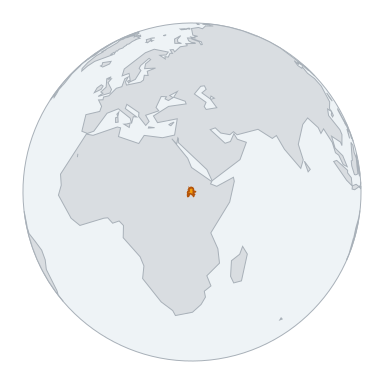 Benshangul-Gumaz highlighted on a globe, orthographic projection, rotated 348°
{"feature_id": "ETH-3132", "entity_name": "Benshangul-Gumaz", "entity_type": "Administrative State", "adm_level": 1, "iso_a3": "ETH", "parent_name": "Ethiopia", "parent_adm1": "", "projection": "orthographic", "projection_center": [35.827, 10.412], "detail": "fine", "context": "on_globe", "style": "filled", "palette": "amber", "viewbox_px": 384, "rotation_deg": 348, "n_neighbors": 0, "source": "natural_earth", "source_scale": "10m", "svg_char_len": 10246}
<svg xmlns="http://www.w3.org/2000/svg" viewBox="0 0 384 384"><g transform="rotate(348 192 192)"><circle cx="192" cy="192" r="169" fill="#eef3f6" stroke="#a8b0b8"/><path d="M139.7,31.3L137.3,32.2L135.8,32.7L139.7,31.3ZM118.8,39.7L118.4,39.9L113.2,42.6L107.9,45.5L105.4,47.0L109.8,44.9L99.2,51.4L91.0,58.3L88.4,60.3L84.5,62.3L86.4,60.1L85.9,60.5L96.3,52.7L107.3,45.8L118.8,39.7ZM83.2,62.8L83.7,62.4L77.0,68.2L75.5,69.7L75.3,70.0L77.5,68.1L75.0,70.5L72.4,72.7L74.8,70.3L75.0,70.1L83.2,62.8ZM23.8,175.9L23.7,181.3L23.6,189.2L23.4,193.2L23.8,195.6L23.9,198.6L28.4,207.8L32.9,217.7L34.3,227.8L33.4,237.5L39.4,260.6L39.7,265.1L43.3,272.2L37.8,261.0L33.1,249.5L29.3,237.6L26.4,225.5L24.4,213.2L23.3,200.8L23.1,188.3L23.8,175.9ZM156.8,26.8L154.2,27.3L153.5,27.5L156.8,26.8ZM145.8,29.8L147.0,29.4L149.6,28.7L145.8,29.8ZM157.6,26.6L158.5,26.4L159.7,26.2L160.2,26.1L157.6,26.6ZM164.4,25.4L157.6,26.7L154.8,27.5L152.4,28.1L157.3,26.7L164.4,25.4ZM164.7,25.3L165.5,25.1L164.2,25.4L161.8,25.8L161.5,25.8L164.7,25.3ZM164.0,25.5L165.6,25.2L164.1,25.5L164.0,25.5ZM173.3,24.1L172.2,24.2L172.3,24.2L173.3,24.1ZM168.7,24.8L166.5,25.2L166.1,25.2L168.7,24.8ZM170.7,24.5L172.4,24.3L167.2,24.9L170.6,24.4L170.7,24.5ZM173.4,24.1L174.2,24.0L173.1,24.1L173.4,24.1ZM171.8,24.9L165.4,25.7L164.3,25.6L170.7,24.7L171.8,24.9ZM274.5,44.6L275.4,45.1L288.3,53.5L287.9,52.9L288.9,53.6L299.0,61.2L308.4,69.6L321.8,85.0L327.0,90.9L330.0,95.1L331.4,97.8L327.1,91.8L324.9,89.9L322.3,86.4L323.0,89.6L319.3,84.8L321.7,90.2L325.2,93.9L325.9,92.4L329.6,99.8L335.4,106.5L340.5,115.4L345.4,132.5L343.9,138.8L344.7,141.8L341.9,139.0L341.5,145.6L349.6,161.8L350.6,167.0L348.3,177.8L347.6,174.0L340.1,166.4L341.1,178.8L347.0,187.8L349.1,199.5L345.6,196.6L343.2,186.5L340.5,183.4L339.5,172.7L333.8,157.6L330.3,161.5L328.8,155.2L320.5,143.6L314.4,148.9L305.9,167.4L307.5,183.7L303.3,191.5L291.3,169.4L286.3,154.3L281.7,156.3L269.6,144.4L248.0,145.4L245.1,141.6L241.0,143.8L232.4,140.3L228.1,134.1L222.8,134.8L234.5,151.2L240.1,150.6L245.1,143.7L247.3,149.8L255.5,154.7L245.7,170.3L214.0,185.2L211.2,173.1L188.9,140.8L189.8,137.1L189.7,136.7L189.4,136.0L187.0,141.9L183.3,135.7L194.8,158.1L196.6,167.9L213.5,185.9L211.8,187.9L217.4,191.6L235.6,186.2L235.6,190.3L226.8,209.6L201.9,235.9L205.5,252.9L204.1,267.3L189.1,277.0L191.0,287.8L183.4,291.6L183.3,297.6L177.5,303.9L167.5,309.7L150.1,309.4L148.5,304.0L139.0,293.1L125.7,266.4L129.6,254.3L127.8,244.6L115.2,222.4L118.0,210.5L114.7,205.2L107.9,206.0L104.2,199.7L100.2,199.3L75.4,201.4L68.3,192.6L60.7,167.3L65.5,158.2L67.1,147.2L100.7,113.4L107.0,116.0L132.5,112.9L135.5,114.4L131.6,122.5L150.0,133.5L157.0,126.7L174.5,132.8L186.8,132.7L192.8,117.3L172.7,117.0L170.1,109.6L186.9,103.4L204.6,104.6L204.2,101.8L193.8,95.5L198.6,90.6L190.2,93.0L193.1,95.8L187.9,97.6L185.0,95.3L186.8,93.5L181.7,92.2L174.4,101.8L176.4,105.7L162.6,107.3L164.7,114.1L160.6,117.3L155.5,107.0L156.6,103.3L146.5,92.7L144.1,96.5L153.5,107.1L150.2,106.2L147.1,112.4L146.9,107.0L137.3,95.3L125.3,97.3L108.6,112.1L101.9,113.0L96.9,109.7L104.3,94.3L118.5,94.0L121.4,89.4L119.7,82.5L124.1,83.3L125.2,80.7L130.7,80.6L139.6,74.8L145.3,74.4L149.9,67.2L153.5,66.2L149.8,70.6L150.2,73.8L164.6,73.9L167.8,72.4L169.6,67.9L173.3,68.9L173.3,64.6L182.1,63.2L171.3,61.5L173.2,57.0L179.1,53.9L177.8,52.3L168.1,57.6L166.0,60.1L167.3,62.5L159.9,70.1L154.7,71.3L155.1,62.9L147.8,63.9L151.3,57.6L175.3,46.1L184.7,44.5L197.9,50.2L195.1,52.6L188.9,51.6L193.5,56.3L193.7,54.0L196.8,55.1L199.4,51.7L201.7,52.4L200.2,48.4L203.3,48.8L204.2,51.3L210.7,47.5L217.5,47.9L217.9,46.8L216.3,45.5L226.0,47.4L225.9,46.6L222.6,45.6L220.2,43.4L219.6,40.4L223.0,41.2L223.7,42.4L230.1,46.4L231.4,49.8L232.7,49.9L232.4,47.1L224.6,42.2L223.3,40.2L227.5,42.2L225.8,41.3L226.3,40.7L229.9,40.9L225.4,38.7L225.5,32.0L232.5,32.4L236.2,34.5L239.8,32.4L247.3,34.1L244.3,33.0L244.0,32.1L241.7,31.5L240.2,30.9L238.5,29.6L250.9,33.6L262.9,38.6L274.5,44.6ZM88.3,130.9L87.1,134.1L88.3,130.9ZM223.0,114.2L233.8,114.7L229.5,105.3L233.4,104.9L230.5,102.1L229.2,104.7L222.3,97.1L227.2,94.5L226.2,90.7L222.5,90.4L214.7,96.6L224.4,107.2L221.7,111.0L223.0,114.2ZM77.2,68.0L77.4,67.9L76.7,68.7L75.9,69.3L77.2,68.0ZM80.1,67.6L76.1,71.6L78.4,69.0L76.5,70.2L79.2,66.8L87.2,61.1L83.1,64.1L80.1,67.6ZM84.9,61.4L82.4,63.7L84.9,61.4L84.9,61.4ZM125.6,68.3L127.1,69.9L124.4,72.7L117.1,74.5L120.9,70.4L125.6,68.3ZM129.8,71.6L132.2,63.5L136.9,62.5L133.9,64.3L136.7,64.5L132.6,67.6L134.6,75.0L132.3,78.1L120.1,79.0L125.4,76.8L123.6,75.2L129.8,71.6ZM130.4,49.2L131.5,46.9L140.0,47.4L138.0,49.6L130.6,51.2L128.7,49.7L130.4,49.2ZM131.5,34.3L131.4,34.3L132.7,33.8L133.9,33.4L131.5,34.3ZM125.9,36.5L126.0,36.5L130.1,35.0L132.4,34.1L140.0,31.3L143.4,30.2L150.8,28.2L152.4,27.8L151.9,27.9L148.8,28.7L150.3,28.4L145.5,29.7L146.1,29.7L133.5,34.3L132.7,34.4L126.2,37.6L121.6,39.2L126.0,36.9L117.6,40.9L119.7,39.6L114.2,42.4L124.4,37.2L125.3,36.8L125.9,36.5ZM174.1,29.3L170.8,28.9L173.0,30.8L168.1,31.2L168.7,31.4L164.8,32.4L161.1,34.1L159.0,34.1L158.5,34.8L155.9,35.7L154.4,36.7L150.2,37.3L148.1,38.7L147.3,38.2L144.8,40.6L144.8,39.1L141.4,40.4L143.2,41.2L124.0,44.0L116.0,47.1L109.3,50.8L110.2,48.4L117.0,43.7L126.5,38.9L134.1,36.5L133.1,36.1L136.5,35.0L135.9,35.8L138.8,34.0L141.4,33.4L149.9,30.5L152.6,28.9L155.7,28.0L156.0,28.4L158.9,27.4L161.5,27.5L163.8,27.0L168.7,27.0L167.8,28.3L170.5,27.7L174.3,27.9L174.1,29.3ZM173.1,24.9L173.1,25.8L170.5,26.7L163.1,26.5L160.7,26.9L155.8,27.4L159.8,26.3L160.8,26.2L162.7,25.9L160.7,26.4L163.7,25.8L165.2,25.8L167.9,25.4L167.2,25.8L173.1,24.9ZM139.5,111.5L142.0,111.9L145.9,111.7L144.0,115.8L139.5,111.5ZM132.7,103.5L135.1,103.1L134.3,108.3L131.7,108.1L132.7,103.5ZM137.0,98.6L135.2,102.6L134.7,100.3L137.0,98.6ZM152.0,70.2L154.5,69.7L154.5,70.7L152.8,72.3L152.0,70.2ZM179.6,36.8L178.1,36.0L179.0,35.7L179.0,33.5L182.6,33.3L184.0,34.6L179.6,36.8ZM189.0,119.9L185.1,122.8L183.4,121.4L185.1,120.6L189.0,119.9ZM163.2,119.3L168.8,121.3L162.6,120.4L163.2,119.3ZM183.5,36.3L183.1,35.3L185.2,35.8L183.5,36.3ZM185.2,33.1L187.7,33.5L183.0,33.1L185.2,33.1ZM253.0,333.6L253.8,335.0L251.3,335.4L253.0,333.6ZM233.2,264.2L221.9,289.2L213.9,289.6L212.2,282.5L216.3,267.4L225.7,262.8L230.2,255.7L233.2,264.2ZM357.4,223.2L357.8,223.4L357.6,224.2L357.4,223.2ZM357.2,221.0L357.9,220.7L356.8,222.9L357.2,221.0ZM358.1,220.6L358.8,218.5L359.1,216.9L358.8,218.6L358.1,220.6ZM356.6,221.5L351.6,223.6L349.2,222.4L350.2,219.3L354.1,218.6L356.6,221.5ZM349.9,219.3L345.7,212.7L336.9,191.6L340.1,191.2L348.7,203.1L348.2,205.7L350.8,211.2L349.9,219.3ZM358.7,201.2L358.1,208.7L355.8,209.3L354.5,208.7L353.7,199.7L354.2,194.7L355.4,194.4L357.8,176.5L359.1,179.9L358.8,187.1L359.7,193.0L358.7,201.2ZM308.3,185.2L312.4,194.4L309.8,196.4L308.3,185.2ZM357.1,164.8L357.3,172.4L356.6,162.5L357.1,164.8ZM355.8,155.8L356.6,159.2L355.6,156.1L355.8,155.8ZM346.2,146.5L345.1,147.8L344.3,145.4L345.3,142.4L346.2,146.5ZM344.3,123.1L347.3,129.9L348.1,132.3L346.1,128.4L344.3,123.1ZM213.5,36.7L209.6,39.6L209.2,42.3L212.6,44.5L206.1,43.0L206.7,38.8L213.5,36.7ZM223.7,32.3L220.6,31.0L223.0,31.1L224.0,31.5L223.7,32.3ZM221.1,31.8L215.3,31.1L214.3,30.1L219.0,30.8L221.1,31.8ZM199.4,32.8L198.0,33.5L196.3,33.0L199.4,32.8ZM329.3,290.5L329.0,290.9L329.3,290.1L332.8,285.1L340.1,271.1L340.4,271.1L344.7,261.4L350.5,250.5L352.4,245.0L347.9,257.0L342.6,268.6L336.4,279.8L329.3,290.5ZM358.3,221.8L358.1,222.8L358.4,221.4L358.3,221.8ZM360.1,194.3L360.3,198.7L360.8,195.1L360.4,199.8L360.2,207.0L359.9,210.0L360.2,202.2L359.4,210.9L359.1,211.0L359.5,203.9L360.0,194.7L360.3,190.8L360.9,188.2L360.1,194.3ZM360.2,176.1L359.3,170.5L359.2,173.3L358.5,164.0L359.6,170.8L360.2,176.1ZM358.2,163.3L358.2,165.8L357.6,160.5L358.2,163.3ZM357.8,163.9L356.9,159.8L357.3,160.0L357.8,163.9ZM358.3,163.3L356.9,156.2L357.8,160.2L358.3,163.3ZM354.6,150.9L356.9,156.8L355.4,154.9L351.6,141.8L351.9,141.1L354.6,150.9ZM331.1,96.1L330.9,95.8L331.1,96.1ZM330.6,95.3L331.7,97.1L332.6,98.4L336.3,104.1L332.9,99.2L328.7,92.7L328.4,92.3L330.6,95.3ZM238.9,30.7L237.1,30.0L238.5,30.2L238.9,30.7ZM232.8,28.5L232.6,28.6L231.4,28.1L232.8,28.5ZM232.2,29.3L231.8,28.6L234.2,29.8L232.2,29.3Z" fill="#d9dde1" stroke="#a8b0b8" stroke-width="1"/><path d="M189.1,191.1L189.2,190.9L189.3,190.8L189.4,190.7L189.5,190.6L189.4,190.4L189.6,189.8L189.6,189.7L189.4,189.5L189.5,189.5L189.8,188.6L189.8,188.4L189.7,188.4L189.8,188.2L189.7,188.1L189.8,188.0L189.8,187.9L190.0,187.7L190.3,187.5L190.3,187.4L190.4,187.5L190.5,187.8L190.7,188.0L190.8,188.0L191.0,187.9L191.3,187.8L191.7,187.5L191.7,187.4L191.8,187.2L192.0,187.2L192.1,187.3L192.3,187.3L192.4,187.5L192.5,187.5L192.7,187.8L192.8,187.9L192.8,188.1L192.9,188.3L193.0,188.3L193.1,188.2L193.3,188.0L193.4,187.9L193.5,187.9L193.5,188.1L193.5,188.4L193.6,188.5L193.8,188.8L193.7,188.9L193.7,189.0L193.8,189.1L194.0,189.2L194.0,189.4L193.9,189.4L193.9,189.5L193.9,189.8L193.9,190.0L193.8,190.3L193.6,190.4L193.5,190.5L193.4,190.8L193.4,191.0L193.5,190.9L193.5,191.4L193.5,191.5L193.6,191.8L193.8,191.9L194.0,191.8L194.0,192.0L194.6,192.1L194.8,192.2L195.0,192.2L195.5,192.3L195.5,192.5L195.4,192.6L195.0,192.5L195.0,192.4L194.8,192.4L194.7,192.3L194.4,192.4L194.3,192.5L194.2,192.6L194.2,192.2L193.9,192.3L193.7,192.4L193.7,192.5L193.4,192.8L193.2,193.0L192.9,193.1L192.9,193.6L192.9,193.9L192.9,194.0L193.1,194.5L193.3,194.6L193.3,195.0L193.2,195.2L192.7,195.8L192.7,195.7L192.4,195.5L192.3,195.3L192.3,195.2L192.2,195.2L191.9,195.1L191.9,194.9L191.8,194.7L191.6,194.7L191.1,194.1L190.5,193.5L190.4,193.4L190.2,193.4L189.8,193.4L189.7,193.4L189.7,193.2L189.2,193.1L189.3,193.2L189.3,193.3L189.1,193.9L189.0,194.1L188.7,194.4L188.4,194.3L188.3,194.2L188.2,194.2L188.0,194.3L188.0,194.8L187.9,195.3L187.8,195.5L187.7,195.6L187.1,195.5L186.9,195.5L186.9,194.8L186.9,194.6L187.0,194.1L187.3,193.1L187.5,193.0L187.6,192.9L187.6,192.7L187.6,192.4L187.5,191.8L187.5,191.6L187.8,191.2L187.9,190.9L188.0,190.9L188.3,190.6L188.8,190.9L188.8,191.0L189.0,191.1L189.1,191.1ZM192.7,196.1L192.8,196.1L193.0,196.1L193.1,196.3L193.1,196.5L193.2,196.8L193.1,196.7L192.9,196.6L192.7,196.6L192.5,196.4L192.6,196.2L192.7,196.1ZM193.8,194.6L194.0,194.7L194.0,194.8L193.9,194.8L193.8,195.0L193.7,195.1L193.6,194.9L193.6,194.7L193.8,194.6ZM193.3,196.2L193.4,196.3L193.5,196.3L193.4,196.3L193.2,196.3L193.2,196.2L193.3,196.2Z" fill="#f59e0b" stroke="#b45309" stroke-width="1.5"/></g></svg>